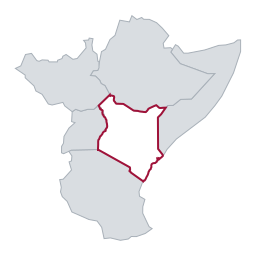 Kenya highlighted, orthographic projection
{"feature_id": "KEN", "entity_name": "Kenya", "entity_type": "country or territory", "adm_level": 0, "iso_a3": "KEN", "parent_name": "Africa", "parent_adm1": "", "projection": "orthographic", "projection_center": [37.674, 0.4], "detail": "medium", "context": "with_neighbors", "style": "outline", "palette": "rose", "viewbox_px": 256, "rotation_deg": 0, "n_neighbors": 5, "source": "natural_earth", "source_scale": "50m", "svg_char_len": 4168}
<svg xmlns="http://www.w3.org/2000/svg" viewBox="0 0 256 256"><path d="M98.0,149.5L130.2,167.8L130.8,172.7L143.0,181.1L139.0,191.6L139.5,196.3L144.9,199.4L142.8,206.7L142.7,213.2L149.1,226.7L152.1,228.6L145.4,233.4L136.3,236.6L131.3,236.5L128.3,239.0L120.4,240.3L110.4,237.9L104.1,238.6L101.7,227.3L97.1,221.0L88.9,219.5L71.9,212.0L67.2,201.4L62.3,196.7L60.5,191.8L61.3,187.4L59.7,179.6L63.2,179.2L71.5,170.0L69.1,161.9L71.5,160.9L71.9,155.9L68.6,151.1L71.5,150.1L98.0,149.5Z" fill="#d9dde1" stroke="#a8b0b8" stroke-width="1"/><path d="M158.2,148.8L158.1,117.8L167.7,105.5L173.1,105.4L180.6,99.4L191.5,99.0L214.7,73.6L207.7,73.7L180.3,63.7L170.8,52.1L175.5,44.7L178.2,46.2L183.7,53.2L187.9,53.2L204.6,50.0L218.7,45.4L225.9,44.9L233.9,42.8L237.6,40.0L240.6,39.9L240.6,51.5L233.5,72.9L221.8,96.1L214.9,105.6L205.2,117.2L176.4,139.0L167.1,149.3L163.2,155.8L158.2,148.8Z" fill="#d9dde1" stroke="#a8b0b8" stroke-width="1"/><path d="M214.7,73.6L191.5,99.0L180.6,99.4L173.1,105.4L167.7,105.5L165.4,108.2L159.7,108.2L156.2,105.3L148.5,108.9L146.0,112.4L133.8,110.9L123.1,103.7L117.2,103.7L114.3,100.9L114.3,96.2L109.9,94.8L105.0,85.6L101.2,83.6L99.7,80.2L95.5,76.1L90.4,75.5L93.3,70.7L97.7,70.5L101.5,51.6L105.5,49.3L110.0,39.5L115.0,35.4L119.8,20.2L129.4,21.9L131.9,15.7L136.9,19.5L141.7,17.5L143.7,19.3L149.4,19.4L156.6,22.7L162.4,28.2L168.8,35.7L163.2,43.3L164.0,48.1L170.7,47.7L172.5,49.2L170.8,52.1L180.3,63.7L207.7,73.7L214.7,73.6Z" fill="#d9dde1" stroke="#a8b0b8" stroke-width="1"/><path d="M98.0,149.5L71.5,150.1L63.6,153.7L61.5,152.8L61.6,146.4L63.5,143.2L64.0,136.4L69.0,128.0L75.0,122.7L71.6,121.6L72.2,111.7L75.7,109.3L81.0,111.2L87.8,109.3L93.8,109.3L99.0,105.4L103.0,111.3L107.6,125.3L97.9,140.5L98.0,149.5Z" fill="#d9dde1" stroke="#a8b0b8" stroke-width="1"/><path d="M72.2,111.7L64.8,106.0L62.9,102.4L52.1,105.0L48.3,104.0L42.1,94.3L35.9,91.0L34.0,85.9L25.2,77.8L25.2,75.1L15.4,68.4L20.8,65.9L25.5,54.5L31.5,53.4L36.8,60.6L39.1,61.3L42.1,59.9L48.0,60.2L49.1,61.9L57.3,61.9L57.7,60.2L62.0,58.6L62.9,56.2L66.1,54.5L72.9,59.3L77.2,58.5L86.1,47.9L85.5,42.9L83.6,40.4L88.6,40.0L89.2,38.1L93.0,38.7L91.9,44.9L92.8,50.9L97.0,54.2L97.8,61.2L99.0,61.4L99.0,67.9L97.7,70.5L93.3,70.7L90.4,75.5L95.5,76.1L99.7,80.2L101.2,83.6L105.0,85.6L109.9,94.8L93.8,109.3L87.8,109.3L81.0,111.2L75.7,109.3L72.2,111.7Z" fill="#d9dde1" stroke="#a8b0b8" stroke-width="1"/><path d="M98.0,150.0L98.0,148.5L98.2,144.8L98.2,141.6L98.4,140.0L99.2,139.0L99.5,138.2L99.8,137.2L100.2,136.3L101.2,135.6L101.3,135.3L102.3,134.1L102.9,132.6L103.4,132.1L104.0,131.6L104.4,131.4L105.5,131.0L105.6,130.9L105.7,130.7L105.5,129.7L107.0,127.5L107.2,126.4L107.0,124.0L106.6,122.5L106.4,120.9L106.5,120.4L106.2,119.5L105.8,119.2L105.2,117.5L105.0,117.3L103.9,116.6L103.3,115.0L102.7,114.6L102.3,112.5L102.6,110.9L102.6,110.5L102.2,110.1L101.2,109.8L100.3,109.1L100.5,108.6L100.0,108.5L98.7,105.6L109.7,94.9L109.7,95.6L109.9,95.8L110.2,96.0L111.0,95.5L111.4,95.5L113.7,96.1L114.1,96.7L114.1,97.3L114.2,97.7L114.0,98.2L113.8,99.5L113.9,100.7L115.2,102.3L115.7,103.2L116.0,103.5L116.5,103.7L122.8,103.9L123.5,104.0L127.6,106.6L133.5,110.5L134.7,110.7L137.9,110.9L139.2,111.3L141.0,111.6L142.4,111.7L143.2,111.9L145.5,112.1L145.8,112.0L146.8,111.1L148.0,109.6L148.4,108.8L149.9,108.0L154.2,106.0L156.2,105.2L157.1,105.9L158.9,107.6L159.4,107.8L160.1,108.0L160.9,108.0L162.3,107.8L164.4,107.7L165.7,107.7L161.1,114.3L158.0,117.3L157.9,117.6L158.1,148.9L162.7,154.8L162.8,155.2L162.8,155.9L161.5,157.3L160.5,158.0L159.2,158.3L158.7,158.2L158.2,158.0L158.0,158.4L157.8,158.9L157.3,158.7L157.6,160.1L157.4,160.7L156.7,161.3L156.7,161.8L155.2,163.0L153.2,163.2L152.1,163.8L151.6,164.3L151.3,165.4L151.4,167.1L150.8,168.4L150.7,169.1L149.7,169.9L149.2,170.7L148.9,171.5L148.6,171.8L148.2,173.6L147.5,175.4L146.7,176.7L145.4,179.5L144.4,180.7L143.7,180.6L143.2,181.0L143.1,181.3L142.9,181.1L131.1,172.7L130.7,172.3L130.3,171.5L130.0,171.3L129.6,171.3L129.5,171.2L129.5,170.8L129.6,170.4L130.1,169.5L130.1,169.0L129.9,167.5L129.8,167.3L99.3,150.3L98.7,150.0L98.0,150.0ZM158.2,159.8L157.9,159.9L158.0,159.4L159.0,158.8L159.4,158.9L159.4,159.2L159.2,159.3L158.2,159.8Z" fill="none" stroke="#9f1239" stroke-width="2"/></svg>